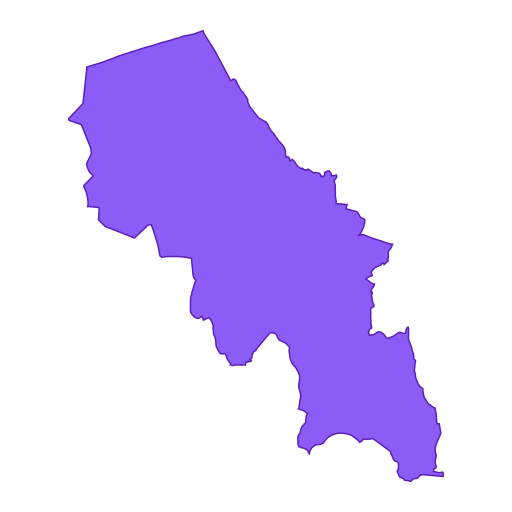 outline of 5e Arrondissement, Analamanga, Madagascar
{"feature_id": "10022922B36895306051586", "entity_name": "5e Arrondissement", "entity_type": "district", "adm_level": 2, "iso_a3": "MDG", "parent_name": "Madagascar", "parent_adm1": "Analamanga", "projection": "robinson", "projection_center": [47.548, -18.883], "detail": "fine", "context": "isolated", "style": "filled", "palette": "violet", "viewbox_px": 512, "rotation_deg": 0, "n_neighbors": 0, "source": "geoboundaries", "source_scale": "gbopen_adm2", "svg_char_len": 6070}
<svg xmlns="http://www.w3.org/2000/svg" viewBox="0 0 512 512"><path d="M443.1,476.5L443.4,473.6L442.6,472.1L438.8,472.7L437.8,472.6L436.5,472.0L433.5,471.6L433.5,470.4L433.9,469.1L435.6,468.0L436.3,467.0L435.2,463.0L435.3,459.9L436.2,456.2L436.2,455.0L435.4,452.2L435.1,449.0L435.7,446.0L436.4,443.6L440.9,433.4L439.2,423.7L436.8,423.7L436.2,414.0L435.4,410.2L435.1,408.1L433.7,407.6L432.4,406.8L430.8,405.6L430.1,404.7L428.7,404.3L427.5,402.6L425.3,399.1L424.7,398.4L423.9,396.5L422.9,391.0L422.8,389.9L422.9,388.6L421.4,387.4L420.7,387.2L420.1,386.7L418.0,383.7L417.6,382.0L416.2,379.4L415.7,377.8L415.2,373.4L414.6,371.5L414.3,371.3L415.1,362.9L415.6,361.4L415.4,360.5L413.6,358.2L413.7,356.1L413.3,353.7L412.3,350.6L411.7,348.0L410.3,343.9L409.6,342.1L408.7,340.9L408.5,338.1L408.6,329.1L408.2,327.5L408.0,327.1L407.1,327.7L406.3,329.1L405.8,332.2L405.1,333.4L404.5,333.7L400.1,332.3L398.8,332.5L393.8,335.9L389.6,337.8L388.0,338.2L387.6,338.2L386.5,337.8L383.8,334.3L381.5,332.5L380.4,332.0L378.9,331.8L377.9,332.0L376.7,332.5L374.0,334.5L369.5,335.3L368.9,333.6L368.4,331.2L368.6,330.9L369.0,330.8L369.1,330.2L370.2,328.8L371.4,328.4L371.6,326.9L371.6,326.7L371.2,326.7L371.3,324.8L370.8,324.3L370.6,322.8L370.9,322.6L371.0,320.5L370.6,316.9L370.8,314.0L370.6,309.8L370.8,308.9L372.5,306.8L373.5,306.9L373.9,306.3L373.8,304.8L372.9,302.6L372.1,300.1L372.0,297.5L371.5,295.4L372.1,293.9L372.2,292.2L370.6,292.1L372.5,287.3L373.0,287.4L373.6,286.4L374.3,284.7L374.4,284.0L373.6,284.0L370.0,282.2L369.1,281.2L366.9,279.6L366.1,279.5L365.9,279.1L366.6,278.3L367.7,277.6L370.6,276.2L371.5,276.0L372.3,275.4L371.9,274.0L371.2,272.7L371.9,271.2L372.6,270.1L375.0,267.7L381.2,264.8L381.5,264.4L381.6,263.7L382.2,263.5L382.9,263.0L383.6,263.0L384.1,264.5L388.2,261.0L388.0,260.5L388.0,259.2L387.5,258.7L387.9,258.2L388.5,256.7L388.2,253.1L388.3,251.5L388.9,250.5L390.6,248.6L391.8,246.3L391.9,245.5L392.3,245.0L392.6,244.2L391.6,244.2L387.9,243.3L375.3,239.1L371.9,238.1L363.7,234.7L361.7,234.6L360.1,235.2L359.0,235.3L360.9,232.7L362.3,230.0L363.6,227.0L364.6,222.9L364.8,219.5L361.0,217.6L360.3,217.0L357.5,212.2L357.0,211.8L355.5,211.3L346.1,208.8L347.0,204.6L340.0,203.9L336.1,203.8L336.2,201.4L335.3,195.7L335.4,191.1L335.2,189.2L335.3,185.3L334.0,181.0L336.3,177.8L336.7,176.6L336.5,175.1L334.5,175.5L331.6,175.7L330.9,173.2L329.3,170.9L326.5,171.4L324.6,172.6L324.6,173.9L324.2,175.7L322.4,176.8L321.7,176.1L321.0,176.3L320.8,175.3L319.4,173.2L317.3,173.0L315.8,172.4L313.5,173.0L311.5,171.2L310.1,170.9L309.6,170.4L309.5,169.9L308.3,169.2L308.2,169.6L307.9,169.5L307.7,169.9L306.0,169.8L305.9,170.3L305.3,170.2L304.5,169.9L302.3,168.2L302.0,169.0L300.5,168.1L299.4,167.7L298.3,166.9L297.2,165.6L294.7,161.9L292.4,159.4L289.8,160.9L289.6,158.6L288.5,157.2L287.9,156.8L286.2,157.3L285.5,154.2L285.4,151.0L284.4,147.7L281.9,144.1L279.1,141.4L273.3,133.2L271.5,131.3L270.5,129.9L269.8,128.8L267.4,123.8L266.1,122.1L258.6,117.9L249.7,106.5L247.6,101.5L247.8,99.5L246.5,97.5L243.8,93.9L243.5,92.7L241.2,90.8L236.9,82.9L235.8,80.3L234.4,79.2L233.3,79.1L232.5,79.4L231.8,80.2L230.7,80.7L214.7,50.5L203.7,33.1L203.0,30.7L193.5,34.2L186.1,35.7L183.7,36.0L178.5,38.0L175.9,38.4L171.5,40.0L161.5,42.7L152.4,45.6L146.3,47.2L133.8,51.1L117.9,56.3L111.5,58.9L100.2,63.0L86.8,67.0L86.7,69.3L83.0,103.5L68.6,118.7L69.1,120.4L81.4,124.6L90.7,147.9L91.4,153.8L86.5,163.8L87.6,168.0L89.0,171.2L89.6,172.2L92.7,175.4L92.9,176.2L84.3,185.0L83.9,185.5L83.8,186.6L86.0,191.3L87.0,195.0L87.6,198.1L88.1,202.5L88.1,204.1L87.6,206.6L89.8,206.6L94.4,207.1L96.5,207.2L98.6,207.6L99.1,208.1L99.2,209.0L98.9,212.3L98.8,215.5L98.4,219.7L105.1,226.4L134.5,238.0L148.4,224.8L150.4,224.9L151.3,224.6L154.0,232.4L158.1,245.8L159.6,254.2L160.3,256.4L161.4,256.6L161.6,257.2L163.5,256.9L167.8,256.5L177.4,256.5L184.6,257.1L191.5,258.3L193.0,274.6L193.5,276.7L194.1,278.0L195.8,280.2L193.9,285.9L192.0,292.2L190.8,297.6L190.5,300.2L190.4,310.2L190.5,311.2L190.9,312.5L191.6,313.9L194.7,317.3L196.6,318.1L198.5,318.4L199.6,318.0L202.0,316.4L202.5,317.2L203.5,320.2L208.9,317.5L210.3,319.2L211.7,321.4L213.1,325.4L213.1,328.9L213.7,334.3L215.3,338.3L215.5,339.6L215.8,341.5L216.1,346.0L218.1,350.3L220.3,353.7L224.1,353.9L225.1,353.6L225.5,354.0L227.3,359.1L229.2,362.0L230.5,363.3L230.6,363.6L230.3,364.9L231.0,364.9L232.5,365.6L235.3,365.0L235.6,364.5L236.0,364.8L237.6,364.9L242.3,365.1L242.3,364.8L244.1,364.9L245.3,365.2L245.5,364.7L245.7,362.4L247.0,362.2L247.0,361.8L247.4,361.7L247.3,362.0L249.0,361.8L249.3,361.4L249.5,361.7L250.6,361.4L251.5,360.7L250.8,359.4L249.9,359.0L251.4,357.8L252.1,357.7L251.8,354.5L253.1,353.3L253.4,352.0L255.8,350.5L256.1,349.5L269.9,332.8L273.9,333.0L274.5,333.2L276.0,334.2L276.6,335.0L277.9,338.1L279.1,339.9L285.1,342.8L286.6,343.9L287.5,345.1L288.9,346.4L289.6,347.4L289.1,350.6L289.8,356.5L290.4,359.5L291.8,362.8L293.1,364.8L295.1,366.8L296.9,369.6L298.2,372.0L299.0,374.0L299.5,375.9L299.7,377.3L299.6,378.8L299.4,379.9L299.3,381.7L298.8,384.0L298.7,387.2L300.4,393.1L300.6,394.3L300.6,397.3L299.9,400.8L298.9,408.3L298.5,408.9L303.2,410.5L305.0,411.6L307.4,413.5L307.3,414.3L306.2,416.1L305.7,422.7L304.3,423.6L304.4,424.4L302.7,425.7L301.7,427.2L301.1,428.5L300.1,432.5L299.8,433.4L298.4,435.1L298.0,436.8L297.8,438.9L297.9,443.6L298.3,445.3L299.0,446.8L301.1,447.4L301.5,447.8L302.2,447.6L304.8,448.7L306.9,449.9L308.1,451.0L308.3,452.6L309.4,453.7L309.7,451.7L310.6,449.6L311.9,447.8L313.5,446.3L316.3,444.6L319.6,444.6L323.4,443.1L325.4,440.1L327.6,437.8L328.9,436.8L331.5,435.1L334.9,434.0L337.9,433.2L342.4,433.2L345.2,433.6L349.3,434.4L351.9,435.6L355.9,438.5L357.8,440.1L359.7,442.4L361.9,441.0L362.3,440.7L362.6,439.4L369.8,439.1L372.9,438.5L390.2,451.3L391.0,453.8L392.1,455.9L393.0,458.6L394.0,460.0L395.1,461.1L397.9,462.2L398.4,463.2L398.4,468.5L397.2,471.0L397.3,472.0L398.1,473.3L399.3,476.3L400.1,477.3L403.4,478.6L403.9,479.0L404.3,480.0L405.4,480.3L408.5,480.7L410.2,481.3L410.7,481.2L411.3,481.0L412.8,479.2L413.7,478.7L416.8,478.4L417.6,478.0L420.7,474.7L424.9,474.8L443.1,476.5Z" fill="#8b5cf6" stroke="#5b21b6" stroke-width="1.5"/></svg>